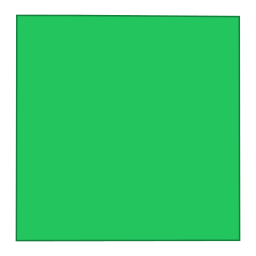 outline of Stephens, Texas, United States of America
{"feature_id": "52423323B77635562535718", "entity_name": "Stephens", "entity_type": "district", "adm_level": 2, "iso_a3": "USA", "parent_name": "United States of America", "parent_adm1": "Texas", "projection": "orthographic", "projection_center": [-98.883, 32.736], "detail": "fine", "context": "isolated", "style": "filled", "palette": "green", "viewbox_px": 256, "rotation_deg": 0, "n_neighbors": 0, "source": "geoboundaries", "source_scale": "gbopen_adm2", "svg_char_len": 220}
<svg xmlns="http://www.w3.org/2000/svg" viewBox="0 0 256 256"><path d="M16.4,240.6L239.6,240.3L239.4,129.0L239.3,16.6L78.9,15.5L16.8,15.4L16.6,142.4L16.4,240.6Z" fill="#22c55e" stroke="#15803d" stroke-width="1.5"/></svg>